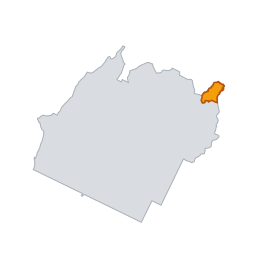 Al Radoum, Southern Darfur, Sudan (highlighted), rotated 206°
{"feature_id": "16777658B70477888733853", "entity_name": "Al Radoum", "entity_type": "district", "adm_level": 2, "iso_a3": "SDN", "parent_name": "Sudan", "parent_adm1": "Southern Darfur", "projection": "natural_earth1", "projection_center": [24.105, 9.73], "detail": "fine", "context": "in_parent", "style": "filled", "palette": "amber", "viewbox_px": 256, "rotation_deg": 206, "n_neighbors": 0, "source": "geoboundaries", "source_scale": "gbopen_adm2", "svg_char_len": 6565}
<svg xmlns="http://www.w3.org/2000/svg" viewBox="0 0 256 256"><g transform="rotate(206 128 128)"><path d="M168.6,199.6L166.6,199.6L166.4,199.1L166.4,197.6L166.7,196.5L167.3,194.8L167.2,193.9L167.3,192.5L166.7,191.0L162.1,186.5L161.2,185.3L158.7,184.2L159.1,183.0L158.0,173.9L158.5,172.8L158.6,171.3L158.6,169.9L159.2,167.5L159.2,166.6L154.3,166.5L154.3,167.5L154.5,168.6L154.5,169.0L147.7,169.1L150.5,172.6L150.6,174.2L150.4,176.1L150.5,177.4L150.7,178.2L151.4,179.8L151.4,180.1L151.2,180.5L146.4,185.2L145.6,187.4L144.9,188.5L143.5,190.5L139.1,195.5L138.4,195.9L135.0,196.1L134.7,196.2L134.5,196.4L134.3,196.4L131.4,193.4L126.5,189.8L123.3,191.7L122.4,192.4L122.4,194.1L122.0,195.0L121.1,195.9L118.7,196.5L117.5,197.0L116.0,198.0L114.6,199.6L114.5,200.5L114.6,201.2L106.4,201.2L105.9,200.6L104.7,197.9L103.9,198.1L96.4,197.8L95.3,198.0L93.2,199.1L92.1,199.3L91.0,198.8L87.1,193.6L86.2,192.9L85.3,191.7L84.5,191.1L84.2,190.7L84.1,190.2L84.1,189.0L83.8,188.3L83.2,188.1L78.0,189.3L77.2,189.2L76.1,189.4L75.7,189.6L75.3,190.3L75.2,191.8L75.0,192.5L74.6,193.3L73.1,195.1L72.8,195.8L72.9,197.8L72.8,198.8L72.6,199.3L71.9,200.0L71.7,200.5L71.4,203.0L70.6,204.5L70.4,205.0L70.3,206.1L70.2,206.5L67.8,207.4L66.9,207.9L66.4,208.8L66.2,209.1L65.2,208.8L63.9,208.6L61.4,208.3L60.4,207.9L59.9,207.3L60.1,205.8L59.9,205.5L59.4,205.2L59.2,204.5L59.2,203.8L60.6,202.0L60.8,201.0L61.2,196.6L61.1,195.3L60.0,192.8L57.6,188.5L57.1,187.7L54.1,184.1L53.7,183.6L53.0,182.1L53.8,178.9L53.8,178.0L53.6,177.0L52.9,176.3L52.2,176.2L51.3,175.4L50.7,175.0L50.2,174.2L49.9,173.1L50.1,169.3L50.0,168.8L49.2,168.6L49.0,168.4L49.1,167.6L48.6,165.4L48.2,163.6L48.4,162.6L47.8,161.2L46.6,160.7L44.2,161.1L43.4,161.0L42.9,160.8L42.6,160.3L42.4,159.7L42.6,158.8L43.2,157.2L44.1,155.8L45.8,154.6L46.3,153.9L46.5,153.2L46.6,152.4L46.5,151.5L46.3,150.7L45.8,149.7L45.3,148.4L45.3,147.6L45.5,147.0L46.0,146.2L47.7,144.8L49.4,143.6L49.7,143.2L49.6,142.7L48.8,141.8L48.6,139.9L48.1,138.6L49.0,137.6L49.7,137.2L50.7,136.9L51.1,136.5L51.2,135.7L51.2,134.9L51.6,134.4L52.1,133.2L52.5,132.6L53.8,131.2L54.1,130.3L54.2,129.4L53.8,126.8L54.6,125.7L55.6,124.7L57.0,124.8L59.2,124.6L60.7,124.2L61.7,124.2L64.2,124.7L64.4,124.5L64.6,123.8L64.5,73.1L74.6,73.1L74.7,49.1L137.6,49.1L138.2,49.0L139.1,46.7L139.5,46.6L140.2,46.7L140.4,47.2L139.9,49.1L194.9,49.1L195.1,51.8L195.6,54.0L197.2,57.1L198.6,58.8L199.1,59.7L199.1,60.2L199.1,60.6L198.7,60.1L198.0,59.8L197.9,61.3L198.3,64.3L198.9,66.4L198.5,68.3L198.7,71.6L199.5,75.6L199.4,78.1L200.6,84.0L201.8,87.3L202.4,88.1L203.1,88.5L204.5,88.8L206.5,90.4L208.1,92.2L208.6,93.1L209.4,94.1L209.9,94.0L210.2,93.7L210.7,94.5L213.2,96.3L213.6,97.1L212.7,97.9L211.7,99.2L211.3,100.5L211.0,100.9L210.2,101.7L210.1,102.1L209.7,102.4L209.4,102.4L208.5,102.8L207.8,102.7L207.0,102.9L206.7,103.2L206.1,103.5L205.3,103.6L204.0,104.7L202.9,105.3L202.6,105.7L202.0,107.8L201.6,108.4L200.0,108.5L199.2,108.6L198.0,108.4L197.5,108.4L197.4,108.9L197.2,110.7L197.3,111.5L196.4,113.7L196.7,117.6L195.8,120.6L195.7,121.2L194.9,123.6L194.4,124.4L193.3,128.8L192.9,130.2L191.9,131.6L193.1,142.1L192.3,145.3L192.4,147.1L191.8,149.7L191.4,150.9L190.7,152.3L190.1,153.9L189.5,156.0L189.2,160.1L189.1,160.4L186.1,160.9L185.2,161.2L184.6,161.7L183.8,162.7L182.4,165.6L181.6,167.3L180.4,169.7L179.0,171.4L178.7,172.2L178.4,173.7L177.9,176.1L177.5,177.8L177.6,179.2L177.1,181.6L177.2,182.8L176.7,183.4L176.0,184.0L175.6,184.2L173.5,182.6L172.1,183.7L171.2,185.2L170.5,186.8L170.9,190.1L170.9,190.9L170.7,191.6L169.4,194.9L169.0,196.4L168.6,199.0L168.6,199.6Z" fill="#d9dde1" stroke="#a8b0b8" stroke-width="1"/><path d="M72.4,183.3L72.4,183.7L71.9,183.7L71.6,183.8L71.5,183.7L71.4,183.5L71.2,183.6L71.0,183.8L70.6,184.0L70.3,184.2L70.2,184.3L70.1,184.5L70.1,185.1L70.3,185.6L70.5,186.1L70.7,186.4L70.5,186.6L70.2,186.7L69.7,186.7L69.3,186.8L68.8,187.1L68.3,187.5L67.8,187.7L67.6,187.6L67.4,187.2L67.3,186.9L67.1,186.7L66.6,187.4L66.1,188.1L65.4,189.0L65.0,189.6L61.0,189.6L60.4,189.6L58.9,189.9L59.8,191.4L60.5,192.8L60.6,193.1L60.8,193.5L61.2,194.1L61.3,194.4L61.4,194.7L61.5,196.1L61.6,197.0L61.4,197.5L61.2,198.0L61.0,198.3L60.9,198.4L60.8,198.5L60.7,198.6L60.6,198.9L60.6,199.0L60.7,199.3L60.7,199.5L60.8,199.6L61.0,199.8L61.3,199.8L61.5,200.0L61.4,200.1L61.2,200.3L61.1,200.5L61.1,200.8L61.0,201.0L60.9,201.1L60.7,201.0L60.6,201.3L60.7,201.6L60.8,201.7L60.8,201.8L60.8,202.2L60.8,202.4L60.6,202.5L60.4,202.7L60.3,202.8L60.2,202.8L60.1,203.0L59.9,203.1L60.0,203.1L60.2,202.8L60.3,202.8L60.3,202.7L60.5,202.7L60.8,202.4L60.8,202.2L60.8,201.9L60.8,202.2L60.8,202.4L60.6,202.5L60.4,202.7L60.3,202.8L60.2,202.8L60.0,203.0L59.9,203.1L59.7,203.2L59.4,203.1L59.3,203.3L59.2,203.5L59.2,203.8L59.3,204.0L59.2,204.1L59.1,204.4L59.1,204.5L59.0,204.8L59.0,205.0L59.3,205.1L59.6,205.4L59.8,205.4L60.0,205.3L60.1,205.2L60.1,204.9L60.0,204.7L60.3,204.5L60.3,204.8L60.4,205.0L60.5,205.1L60.7,205.3L60.7,205.5L60.5,205.9L60.4,206.0L60.4,206.3L60.3,206.5L60.2,206.6L60.0,206.9L59.8,207.0L59.8,207.4L59.8,207.6L59.8,207.9L59.8,208.0L60.0,208.2L60.3,208.2L60.5,208.0L60.7,208.3L60.8,208.4L60.8,208.2L60.9,207.9L61.0,207.9L61.0,208.0L61.2,208.3L61.3,208.5L61.7,208.8L61.8,208.8L62.0,208.8L62.2,208.6L62.3,208.6L62.5,208.5L63.0,208.4L63.3,208.4L63.4,208.5L63.6,208.5L63.8,208.7L64.1,208.8L64.4,208.8L64.5,208.7L64.8,208.7L65.0,208.5L65.2,208.9L65.3,208.9L65.6,209.0L65.7,208.9L65.8,208.9L66.0,208.9L66.4,208.8L66.5,208.8L66.8,208.8L67.0,208.7L67.3,208.5L67.4,208.8L67.3,209.0L67.2,209.3L67.3,209.3L67.7,208.8L68.6,207.7L68.8,207.6L69.0,207.5L69.1,207.4L69.8,207.2L70.0,207.1L70.7,206.0L70.7,205.9L70.7,205.7L70.5,205.2L70.5,204.9L70.4,204.7L70.3,204.4L70.4,204.0L70.4,203.9L70.5,203.5L70.5,203.1L70.5,202.9L70.6,202.7L70.7,202.4L70.8,202.1L71.0,201.7L71.2,201.3L71.2,201.2L70.9,200.9L70.9,200.7L71.1,200.4L71.3,200.3L71.4,200.2L71.5,200.1L71.8,199.8L72.3,199.3L72.4,199.2L72.5,199.1L72.5,198.9L72.5,198.6L72.5,198.4L72.5,198.2L72.4,198.1L72.4,197.9L72.3,197.7L72.3,197.4L72.3,197.1L72.3,196.9L72.3,196.6L72.3,196.4L72.2,196.4L72.1,196.2L72.3,196.1L72.3,195.9L72.5,195.9L72.6,196.0L72.6,195.9L72.8,195.8L72.8,195.7L73.0,195.6L73.2,195.3L73.2,195.1L73.2,194.9L73.3,194.9L73.5,194.7L73.8,194.5L74.0,194.3L74.1,194.2L74.4,194.0L74.5,194.0L74.5,193.9L74.6,193.7L74.7,193.4L74.8,193.4L74.8,193.2L75.0,193.2L75.1,192.9L75.1,192.7L75.3,192.7L75.3,192.4L75.5,192.0L75.6,191.8L75.6,191.7L75.5,191.4L75.4,191.2L75.4,190.9L75.4,190.7L75.5,190.6L75.6,190.4L75.7,190.2L75.8,190.1L75.8,189.9L75.8,189.6L75.2,188.7L74.7,187.7L74.6,185.6L74.3,185.0L73.6,184.1L72.4,183.3Z" fill="#f59e0b" stroke="#b45309" stroke-width="1.5"/></g></svg>